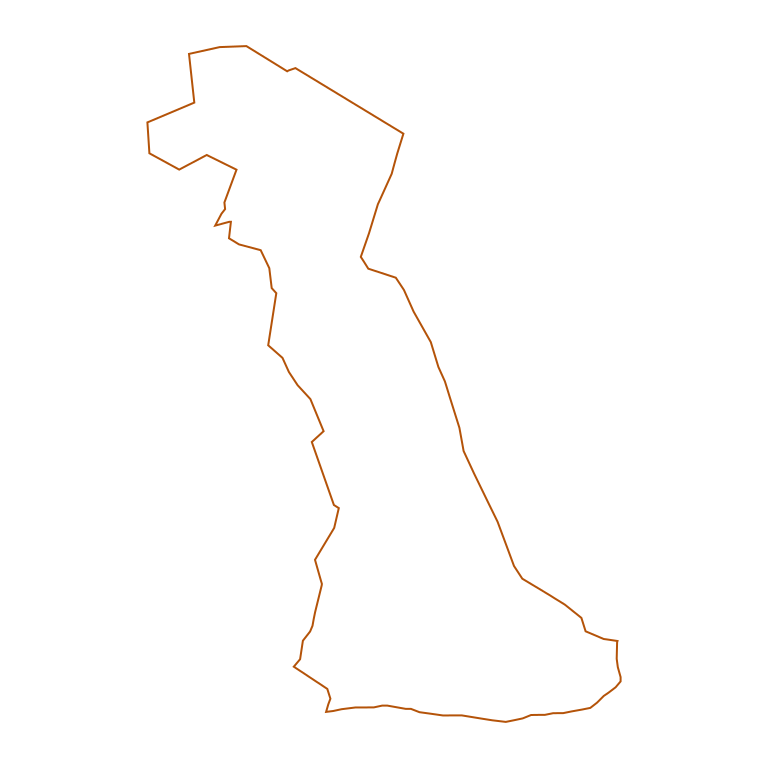 outline of Oriade, Osun, Nigeria
{"feature_id": "59680162B70922239420655", "entity_name": "Oriade", "entity_type": "district", "adm_level": 2, "iso_a3": "NGA", "parent_name": "Nigeria", "parent_adm1": "Osun", "projection": "mercator", "projection_center": [4.887, 7.554], "detail": "fine", "context": "isolated", "style": "outline", "palette": "amber", "viewbox_px": 768, "rotation_deg": 0, "n_neighbors": 0, "source": "geoboundaries", "source_scale": "gbopen_adm2", "svg_char_len": 1609}
<svg xmlns="http://www.w3.org/2000/svg" viewBox="0 0 768 768"><path d="M620.6,681.4L620.6,677.1L617.8,667.1L616.7,658.8L616.9,650.7L617.1,642.4L617.5,641.0L606.7,639.4L603.7,639.0L585.6,631.3L581.4,617.9L564.8,604.6L554.6,598.3L550.2,595.5L522.3,578.7L514.0,566.0L508.9,552.2L497.6,521.8L488.3,502.8L474.0,473.4L463.6,451.0L462.2,443.2L459.4,427.8L449.7,396.9L446.0,384.9L444.9,381.4L438.4,367.0L430.8,342.1L413.6,311.6L404.0,290.1L403.3,289.0L395.8,277.7L368.3,268.7L363.6,261.2L360.8,256.9L369.0,233.3L377.9,204.2L379.9,199.9L391.7,173.8L394.4,163.8L397.2,153.7L403.4,133.7L295.4,68.1L288.5,70.5L287.2,71.3L246.4,46.1L219.7,47.1L189.0,53.9L194.3,102.6L147.4,122.4L149.4,153.3L179.2,169.6L206.7,155.0L236.5,169.7L224.4,202.5L225.1,209.1L221.5,213.7L215.2,225.6L229.3,221.8L230.9,221.8L229.0,238.3L239.0,244.4L260.7,250.2L269.3,268.2L271.7,288.1L276.3,293.2L268.2,345.3L282.5,357.9L288.9,372.0L297.6,385.2L310.4,399.1L323.6,431.2L311.8,442.0L333.9,505.0L338.8,508.1L334.2,527.9L315.0,559.8L321.0,580.9L321.9,583.9L321.7,585.4L315.1,612.2L313.7,619.1L312.5,625.8L310.1,631.5L302.9,640.7L300.1,659.2L293.8,666.7L327.3,688.9L330.4,698.7L328.3,704.3L326.1,711.9L333.2,711.0L341.6,709.2L355.2,707.5L373.8,707.4L382.2,705.6L387.3,705.6L405.9,708.9L411.0,708.9L419.5,712.2L431.3,713.8L443.2,715.5L451.8,715.4L453.3,715.4L461.8,715.4L482.1,718.7L492.3,720.3L505.8,721.9L514.2,720.2L522.7,718.4L531.1,715.0L537.9,714.9L544.7,714.9L553.1,713.2L563.3,713.1L571.7,711.4L581.8,709.6L590.3,707.9L597.0,702.7L603.8,695.9L608.8,692.5L608.9,692.4L615.6,687.3L620.6,681.4Z" fill="none" stroke="#b45309" stroke-width="2"/></svg>